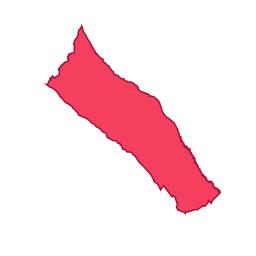 the district of Cartisoara, Sibiu, Romania, rotated 144°
{"feature_id": "2599482B67605816881014", "entity_name": "Cartisoara", "entity_type": "district", "adm_level": 2, "iso_a3": "ROU", "parent_name": "Romania", "parent_adm1": "Sibiu", "projection": "albers", "projection_center": [24.579, 45.672], "detail": "fine", "context": "isolated", "style": "filled", "palette": "rose", "viewbox_px": 256, "rotation_deg": 144, "n_neighbors": 0, "source": "geoboundaries", "source_scale": "gbopen_adm2", "svg_char_len": 5638}
<svg xmlns="http://www.w3.org/2000/svg" viewBox="0 0 256 256"><g transform="rotate(144 128 128)"><path d="M168.4,211.1L167.5,207.8L165.3,204.2L165.3,203.0L164.5,202.0L164.4,199.1L164.0,198.0L164.4,196.8L164.1,195.8L164.5,194.1L163.5,185.4L163.3,184.7L162.5,183.9L162.5,183.4L162.1,182.8L162.1,181.9L161.5,181.6L161.5,180.5L160.9,179.3L160.9,178.6L160.6,177.8L161.0,176.4L160.6,175.6L160.6,174.9L160.3,174.1L160.4,173.2L160.1,172.6L160.0,171.0L159.5,170.4L159.4,170.0L159.5,169.2L159.9,169.0L160.4,167.5L159.2,165.9L158.5,164.0L157.1,162.3L155.6,159.2L154.6,155.8L154.6,154.0L152.8,150.1L153.0,148.1L151.0,143.7L150.7,140.1L150.2,138.7L149.4,137.7L148.9,135.9L149.1,135.3L150.0,133.9L150.3,133.2L150.3,132.6L149.7,132.0L149.6,130.8L148.9,130.3L148.9,129.6L148.4,129.1L148.2,128.1L147.4,126.3L146.5,126.0L145.9,125.1L145.1,124.3L145.1,123.9L144.9,123.4L145.0,122.0L144.9,121.2L143.6,120.3L144.2,119.2L143.5,118.2L143.9,117.6L144.2,115.5L144.8,114.0L143.1,112.2L142.9,109.9L142.5,108.7L141.2,108.0L139.5,106.1L139.5,104.9L139.8,104.2L139.1,102.8L138.7,100.5L139.1,94.7L138.7,91.3L138.0,87.3L137.0,77.9L137.2,73.5L137.8,71.3L137.7,70.9L138.2,70.3L138.0,69.3L138.4,68.5L138.0,67.7L137.4,67.0L137.0,65.0L137.1,62.6L137.6,61.3L137.9,58.6L136.4,59.5L133.1,60.3L132.8,46.5L130.9,46.6L130.9,44.9L130.6,44.3L130.9,43.5L130.9,43.0L131.5,42.2L131.5,41.3L132.0,40.4L132.0,39.8L132.2,39.7L132.4,38.6L132.8,37.9L132.8,37.3L133.1,36.5L135.0,36.0L135.9,32.5L132.3,27.2L131.9,25.4L131.5,26.2L131.2,25.9L121.4,22.4L120.0,21.1L113.2,21.0L112.7,20.2L111.8,20.2L111.4,19.5L105.7,21.1L105.7,22.1L105.1,21.9L105.1,18.2L101.1,20.0L93.3,21.0L91.4,21.6L91.8,22.3L91.1,22.4L91.0,22.8L91.4,23.5L90.7,23.3L90.7,23.6L90.9,24.3L91.5,24.7L91.2,25.3L91.5,25.5L91.4,26.1L91.8,26.4L91.6,27.0L92.4,27.0L92.9,27.3L93.0,27.9L92.8,28.1L93.2,28.2L93.0,28.5L93.0,28.8L92.7,29.4L93.0,30.1L93.3,30.1L93.4,30.8L92.8,31.5L92.9,31.8L92.6,31.9L92.1,32.5L92.1,33.0L91.9,33.0L91.9,33.3L92.5,33.7L92.3,34.3L92.5,34.5L92.4,34.8L91.8,35.1L92.1,35.6L92.3,35.3L92.4,35.8L93.8,36.1L93.6,36.4L94.0,36.4L93.8,36.8L94.4,36.7L94.4,37.2L94.8,37.2L94.7,37.6L94.4,37.7L94.5,38.1L94.7,39.0L95.2,39.5L94.7,39.6L95.0,41.0L94.4,41.3L94.7,41.7L94.2,42.1L94.6,42.4L94.3,43.4L94.7,43.6L94.4,43.7L94.5,44.1L94.9,43.9L95.3,44.7L94.9,45.4L95.0,45.7L95.4,45.5L95.2,45.7L95.7,45.9L95.7,46.1L95.6,46.6L95.3,46.7L95.7,46.9L95.6,47.6L95.1,48.0L95.1,48.6L94.9,48.7L95.3,49.4L94.8,49.6L94.7,50.9L94.5,51.5L94.9,51.9L94.7,52.1L94.7,52.4L94.1,52.5L94.7,53.4L94.0,55.1L94.3,56.4L93.9,56.5L93.9,57.4L93.7,57.2L93.5,57.5L93.8,57.6L93.8,58.7L94.2,59.2L93.1,60.4L93.3,60.8L93.7,60.9L93.4,61.0L93.6,61.4L93.4,61.6L93.7,61.8L93.3,62.1L93.6,62.2L93.0,62.3L93.2,62.9L91.9,63.7L92.1,64.7L92.8,65.0L92.4,65.2L92.6,65.3L92.4,65.5L92.6,65.7L92.0,66.0L91.9,66.2L92.0,66.4L91.7,66.7L92.0,67.8L92.2,68.0L92.0,69.0L91.7,69.4L91.9,69.7L91.9,70.1L91.6,70.4L91.9,70.4L91.8,70.8L92.1,71.0L91.9,71.1L91.7,72.0L91.4,72.5L91.1,72.8L91.2,73.2L91.1,73.7L91.4,73.9L91.1,74.0L91.2,74.3L90.7,74.4L91.3,74.8L91.0,74.9L90.8,75.6L91.3,75.6L91.2,75.8L91.6,76.3L91.4,76.5L91.5,76.7L92.0,77.0L91.6,77.5L92.3,77.6L91.6,78.7L92.1,78.8L91.8,78.9L91.8,79.1L92.2,79.4L92.3,79.2L92.3,79.6L92.5,79.4L93.1,79.9L92.9,80.6L93.1,81.1L92.4,81.7L92.6,82.0L92.1,82.1L92.3,82.4L92.1,82.7L92.3,84.4L92.1,84.6L92.3,84.8L92.1,85.0L92.6,85.1L92.6,85.4L92.2,85.7L92.6,86.2L92.1,86.6L92.1,87.0L91.7,87.1L91.8,87.3L91.5,87.8L91.9,87.8L91.7,88.0L91.8,88.3L91.4,88.6L91.5,89.0L91.0,89.2L91.2,89.5L90.7,89.8L91.2,90.1L90.9,90.4L91.2,91.1L91.2,91.6L90.5,92.7L89.9,93.0L89.9,94.3L89.4,95.8L89.5,96.5L88.6,97.5L88.5,99.1L87.9,103.4L87.8,105.1L88.1,107.0L88.8,109.2L88.8,109.9L90.6,114.9L90.7,117.8L90.5,121.7L89.5,124.0L87.8,129.5L87.6,130.7L87.6,133.7L87.9,135.0L88.5,136.2L88.6,137.2L88.8,137.9L90.4,140.3L91.5,140.6L91.9,141.0L92.0,141.4L91.2,142.5L92.2,143.8L92.3,144.5L92.8,144.7L93.7,146.7L94.4,147.3L94.8,148.5L95.6,149.3L96.6,151.1L96.7,152.5L96.5,153.0L97.0,153.6L95.9,155.0L96.3,155.8L95.8,156.8L97.2,158.9L97.0,159.9L97.5,161.7L98.0,162.6L98.7,162.9L98.9,163.8L100.6,164.8L101.4,165.8L101.4,166.5L102.0,167.0L102.5,167.9L102.5,169.1L102.7,170.6L104.8,172.1L104.8,172.8L105.4,174.8L105.1,175.5L105.2,176.3L106.2,177.5L106.6,178.2L107.2,178.4L107.6,179.2L106.8,182.6L107.5,184.3L107.2,185.4L107.6,186.5L107.0,189.4L108.0,191.1L108.1,193.9L108.6,194.6L108.6,195.2L109.0,195.7L108.8,197.3L107.7,198.1L108.4,198.9L108.5,200.1L109.5,200.7L109.1,202.1L109.5,203.8L109.4,204.3L109.7,205.0L109.4,206.2L110.5,207.3L109.6,208.5L109.8,210.4L109.2,212.8L109.6,214.3L109.3,214.9L109.1,216.2L108.7,217.0L108.7,218.8L108.4,219.9L108.5,221.2L108.3,222.2L108.5,223.7L108.4,224.5L108.1,224.9L108.1,226.0L107.7,226.9L107.8,227.8L107.6,228.8L107.7,231.1L107.2,232.5L106.9,234.1L105.8,236.4L105.4,237.8L107.2,236.6L108.0,236.6L108.4,236.2L110.0,236.2L110.9,235.6L114.7,231.8L116.9,230.9L118.9,230.6L120.0,229.9L120.8,229.0L121.8,228.6L122.9,227.6L122.8,226.5L123.2,225.6L125.4,223.2L126.0,221.9L127.9,220.5L129.0,221.4L129.8,221.4L129.9,221.8L130.9,222.2L132.1,221.8L132.4,222.4L133.8,221.4L134.5,221.3L135.3,220.8L135.7,219.9L136.0,219.6L135.6,218.8L136.0,218.7L136.2,218.1L136.6,217.8L136.4,217.3L137.4,217.2L138.7,217.9L141.0,218.2L143.1,217.8L143.7,218.1L145.5,217.5L146.3,217.6L147.4,216.7L148.1,216.8L148.4,216.5L148.6,216.7L149.9,216.4L150.1,214.3L150.5,213.6L153.1,211.1L154.8,211.7L156.9,211.7L157.4,211.4L158.4,211.7L158.5,212.9L158.2,213.9L158.5,214.4L159.4,214.3L160.8,213.4L161.3,213.9L162.1,214.0L162.3,213.4L161.8,212.6L161.9,212.4L163.8,212.6L164.7,212.0L165.5,211.9L165.9,211.4L166.7,210.9L168.0,210.7L168.4,211.1Z" fill="#f43f5e" stroke="#9f1239" stroke-width="1.5"/></g></svg>